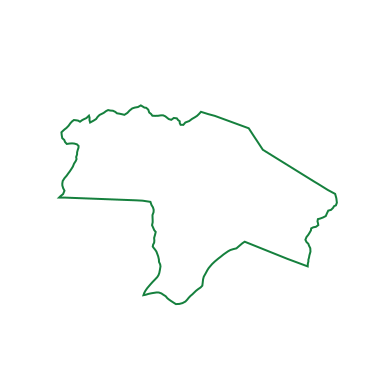 Ibicoara, Bahia, Brazil, rotated 228°
{"feature_id": "56859067B74041818755957", "entity_name": "Ibicoara", "entity_type": "district", "adm_level": 2, "iso_a3": "BRA", "parent_name": "Brazil", "parent_adm1": "Bahia", "projection": "natural_earth1", "projection_center": [-41.312, -13.375], "detail": "fine", "context": "isolated", "style": "outline", "palette": "green", "viewbox_px": 384, "rotation_deg": 228, "n_neighbors": 0, "source": "geoboundaries", "source_scale": "gbopen_adm2", "svg_char_len": 2945}
<svg xmlns="http://www.w3.org/2000/svg" viewBox="0 0 384 384"><g transform="rotate(228 192 192)"><path d="M233.3,259.9L239.0,256.2L245.6,252.3L245.3,249.5L245.2,246.8L245.6,244.2L246.3,240.9L246.6,237.4L248.1,233.6L247.7,230.5L249.6,228.5L251.4,229.0L252.8,230.2L254.7,229.8L256.9,230.0L259.2,228.0L259.5,224.9L261.8,223.5L264.3,223.1L266.1,222.8L268.2,221.9L269.7,220.3L271.4,217.7L273.4,215.4L275.2,213.6L277.4,213.8L279.7,213.4L282.5,214.6L285.2,214.3L286.6,213.1L288.7,212.5L290.6,211.9L291.3,208.7L293.0,206.0L294.1,203.5L294.3,200.1L294.0,196.9L294.6,193.4L296.5,192.1L298.6,190.6L300.7,188.9L302.9,188.6L305.3,187.6L307.3,185.7L309.0,184.5L309.6,182.4L309.9,179.2L311.1,174.9L311.0,172.2L310.4,169.6L310.9,166.6L311.8,162.8L314.0,163.9L315.8,165.6L317.7,166.5L317.6,163.0L318.4,160.4L318.9,158.5L319.2,155.8L321.3,155.1L322.8,153.9L324.5,152.4L324.7,150.2L324.5,147.7L323.8,144.6L323.6,141.5L323.8,139.2L323.8,137.0L323.7,134.9L321.4,133.2L318.8,131.6L316.2,131.9L314.1,131.1L311.5,131.1L309.7,133.8L308.2,135.6L306.8,136.9L304.4,138.4L302.1,138.5L300.8,137.2L299.7,135.2L298.4,133.2L296.8,131.7L295.5,129.3L293.7,128.2L292.8,126.3L292.0,123.3L290.6,120.5L289.8,117.7L289.1,115.0L288.6,112.4L288.0,109.8L287.6,106.5L286.7,103.3L285.0,101.2L283.6,100.0L281.0,98.8L278.3,98.1L276.7,94.8L276.9,91.7L276.8,89.5L272.4,94.3L223.3,144.8L218.6,149.5L212.5,154.5L209.4,153.2L206.7,152.7L204.4,151.6L202.7,149.9L201.3,147.2L199.2,145.4L197.5,144.0L195.8,142.5L194.1,140.1L191.9,139.4L188.9,138.4L186.6,138.3L185.0,136.0L183.2,133.1L181.2,131.6L179.7,130.0L178.9,127.9L177.7,126.3L175.9,126.1L173.9,126.0L171.6,125.7L169.3,124.8L166.8,123.8L164.1,122.3L162.1,120.7L159.5,119.9L157.8,118.8L155.5,115.9L153.7,113.5L152.6,111.4L152.0,109.2L151.7,105.5L151.5,102.5L151.2,99.6L150.8,96.6L150.5,94.4L149.8,91.4L149.0,89.1L147.8,86.9L146.6,88.9L145.3,91.7L143.7,94.4L142.4,96.4L141.1,98.4L139.5,100.1L137.1,101.4L134.6,102.0L132.2,102.7L129.5,102.6L127.6,102.9L125.4,103.4L122.8,104.1L119.5,105.0L117.3,107.7L115.8,110.6L115.0,113.8L115.2,116.4L115.6,118.8L115.8,121.4L115.7,123.8L115.8,126.1L115.9,128.9L115.7,131.6L115.3,134.6L115.5,137.0L117.3,139.1L119.7,141.8L121.2,144.1L122.4,147.7L123.6,151.0L124.3,153.5L124.7,156.3L125.0,158.7L125.1,162.4L125.0,165.0L124.9,167.4L124.7,169.7L124.5,173.6L124.2,176.1L123.8,179.2L123.2,181.7L121.9,184.5L120.4,187.3L120.3,191.5L120.2,195.1L119.8,197.9L78.4,218.2L59.3,228.2L61.3,230.2L62.4,231.9L63.8,233.2L64.9,235.0L66.4,236.9L68.4,240.1L71.1,242.3L73.7,243.0L75.7,243.8L78.1,243.6L80.6,244.3L81.9,246.9L82.4,249.9L83.2,252.6L83.9,254.7L85.2,256.2L84.6,258.5L83.2,260.8L82.9,263.7L84.4,264.7L86.2,265.6L87.6,267.4L86.5,269.5L85.4,272.3L84.6,275.3L85.8,277.9L87.0,280.8L85.7,283.3L85.8,286.0L86.4,288.1L85.8,290.0L87.1,292.5L90.8,295.1L94.8,297.1L102.6,294.3L114.0,291.0L117.5,289.9L176.0,272.9L181.2,273.7L186.4,274.5L191.9,275.3L201.4,276.8L233.3,259.9Z" fill="none" stroke="#15803d" stroke-width="2"/></g></svg>